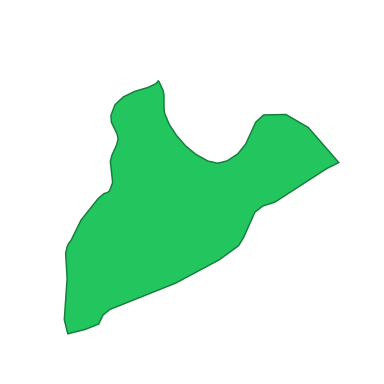 the District of Ambeno, rotated 169°
{"feature_id": "TLS-543", "entity_name": "Ambeno", "entity_type": "District", "adm_level": 1, "iso_a3": "TLS", "parent_name": "East Timor", "parent_adm1": "", "projection": "mercator", "projection_center": [124.284, -9.341], "detail": "fine", "context": "isolated", "style": "filled", "palette": "green", "viewbox_px": 384, "rotation_deg": 169, "n_neighbors": 0, "source": "natural_earth", "source_scale": "10m", "svg_char_len": 867}
<svg xmlns="http://www.w3.org/2000/svg" viewBox="0 0 384 384"><g transform="rotate(169 192 192)"><path d="M341.0,76.5L341.7,91.1L331.1,130.9L327.7,156.1L324.9,162.3L322.7,165.2L319.9,167.7L306.3,185.6L285.1,203.7L278.5,207.3L275.3,207.5L272.8,208.9L268.1,216.4L266.3,237.7L263.7,243.2L256.8,253.0L254.4,258.4L254.5,263.3L257.8,275.8L257.0,282.6L250.8,292.5L241.2,298.5L229.1,301.7L215.5,303.0L206.8,305.2L203.9,307.5L203.2,306.2L201.0,296.9L201.0,292.7L203.4,279.9L203.9,274.6L201.4,262.5L196.3,250.2L189.4,238.4L181.4,228.6L170.6,219.4L161.2,215.3L151.4,215.9L139.8,220.7L130.2,228.8L116.0,248.5L107.0,254.0L85.1,250.2L65.5,233.1L42.3,192.9L55.3,189.3L112.7,166.2L125.2,164.8L134.2,160.1L149.8,137.8L156.5,130.4L178.1,120.3L225.4,105.7L295.0,92.4L302.8,88.2L308.8,80.2L322.9,77.5L340.7,76.5L341.0,76.5Z" fill="#22c55e" stroke="#15803d" stroke-width="1.5"/></g></svg>